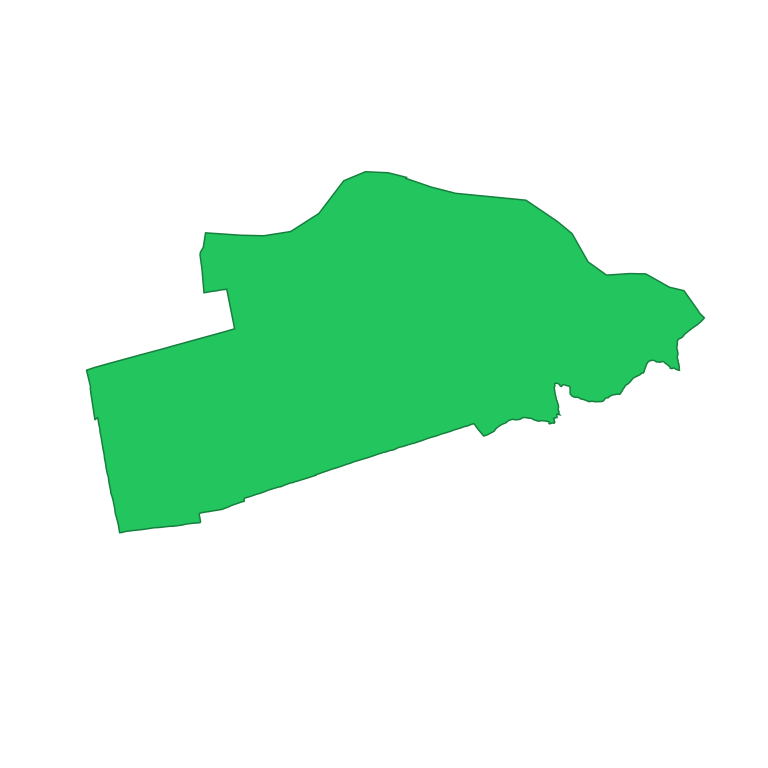 Banesti, Prahova, Romania, rotated 106°
{"feature_id": "2599482B67789430920031", "entity_name": "Banesti", "entity_type": "district", "adm_level": 2, "iso_a3": "ROU", "parent_name": "Romania", "parent_adm1": "Prahova", "projection": "albers", "projection_center": [25.79, 45.09], "detail": "fine", "context": "isolated", "style": "filled", "palette": "green", "viewbox_px": 768, "rotation_deg": 106, "n_neighbors": 0, "source": "geoboundaries", "source_scale": "gbopen_adm2", "svg_char_len": 6140}
<svg xmlns="http://www.w3.org/2000/svg" viewBox="0 0 768 768"><g transform="rotate(106 384 384)"><path d="M452.8,673.7L468.0,665.1L468.4,665.3L470.1,664.8L471.3,664.1L472.1,663.9L473.1,663.5L497.9,652.1L497.9,651.8L497.7,651.7L496.4,650.9L495.5,650.0L497.3,648.9L501.1,647.2L502.7,646.2L505.7,644.7L508.0,643.9L509.1,643.4L510.3,642.8L511.7,641.9L517.7,639.1L518.5,638.7L524.1,636.1L526.9,634.6L529.1,633.5L532.2,632.3L537.3,629.7L541.5,627.9L543.5,626.8L546.3,625.4L548.9,623.6L555.1,620.9L561.3,617.7L561.6,617.5L562.1,617.2L563.1,617.0L564.0,616.6L566.9,614.6L569.7,612.8L577.4,608.8L582.7,606.5L583.4,606.0L585.5,604.7L590.0,602.0L592.3,600.7L595.2,599.3L599.8,597.2L599.4,596.0L598.8,594.7L598.3,593.8L597.0,591.8L596.1,589.9L595.2,587.4L594.7,586.5L590.3,575.7L585.7,565.7L585.1,564.2L584.6,562.4L583.9,560.7L583.4,559.3L583.0,558.3L582.1,556.2L580.1,551.3L579.7,550.3L579.1,548.1L577.6,544.4L577.1,543.5L575.6,539.9L574.9,538.5L573.5,536.2L573.0,535.2L570.3,528.7L568.4,523.5L568.1,522.9L567.9,522.6L567.6,522.5L567.2,522.4L566.5,522.6L563.4,524.1L561.0,525.4L560.5,525.6L559.7,525.7L559.1,525.4L558.7,524.9L558.3,524.4L556.9,521.6L555.6,518.8L555.0,517.2L554.3,516.0L553.2,513.7L550.2,507.2L549.4,505.6L548.9,504.7L544.6,499.1L542.8,497.1L536.6,488.3L536.1,487.3L535.3,486.1L533.5,486.6L532.6,486.7L532.2,486.5L531.7,485.9L529.1,481.7L525.6,476.8L524.3,474.8L523.3,473.0L519.6,468.0L518.2,466.3L516.5,463.8L511.8,456.5L511.8,456.2L511.3,455.1L510.7,454.2L508.8,452.0L505.1,446.9L504.4,445.7L504.1,444.8L503.5,443.7L502.7,443.0L502.2,442.5L501.9,441.5L490.5,424.3L490.0,424.7L488.5,422.2L486.6,419.6L479.6,409.7L478.0,407.0L474.0,401.2L472.0,398.5L471.1,397.2L469.5,394.6L467.2,391.7L464.2,387.0L460.4,381.1L459.1,379.0L454.8,372.8L453.2,370.7L451.2,367.5L449.6,365.3L449.0,363.9L447.6,361.7L446.5,360.3L445.6,358.6L444.8,356.8L440.8,352.2L440.3,351.5L439.5,349.6L436.2,344.6L435.6,343.9L434.6,342.1L433.6,340.6L432.7,338.9L431.8,337.6L431.1,336.6L428.4,332.6L424.5,327.3L423.1,325.3L419.1,318.8L417.6,316.9L416.4,315.2L415.1,313.2L413.3,310.2L412.1,308.5L411.3,307.2L409.3,304.6L404.8,297.7L403.2,295.6L401.3,292.2L399.5,289.9L397.3,286.7L402.1,280.4L406.5,273.8L406.2,273.2L404.0,270.2L400.9,267.1L400.0,266.0L399.2,265.3L398.2,264.8L396.5,264.2L395.5,263.7L394.0,262.7L391.2,260.4L390.1,259.2L389.1,258.0L388.7,257.3L387.9,256.4L387.0,255.6L385.6,254.8L384.8,254.1L383.9,252.9L382.8,251.3L382.4,250.5L382.4,248.9L382.3,248.2L381.2,245.0L380.8,244.2L380.2,243.3L379.7,242.6L379.1,242.2L378.4,241.8L378.0,241.1L377.2,238.4L377.1,237.6L377.1,236.0L377.0,235.6L376.6,234.4L376.5,233.7L376.5,233.1L376.6,231.7L376.8,231.2L377.1,230.1L377.1,229.5L377.2,225.5L377.2,225.2L376.9,224.6L376.2,223.4L375.7,222.0L375.2,219.4L374.8,215.7L374.9,215.0L375.0,214.8L376.3,214.6L376.5,214.4L376.6,214.1L376.6,213.9L376.5,213.5L375.6,212.3L375.1,211.6L374.9,210.8L374.9,209.7L373.7,209.3L373.3,209.5L372.6,210.1L371.0,210.8L370.6,211.2L370.4,211.4L370.3,211.7L370.3,212.0L369.6,210.7L368.6,208.4L366.8,209.1L365.4,209.4L365.1,209.4L365.2,207.6L365.1,206.6L364.9,206.9L364.5,207.2L363.9,207.9L363.5,208.1L363.1,208.1L362.4,208.1L361.0,209.3L360.9,209.6L360.5,209.7L358.9,209.7L358.0,209.9L356.5,210.5L355.3,211.2L352.6,213.0L351.2,214.1L349.4,215.0L346.6,216.6L341.2,219.1L339.7,219.4L338.8,219.2L336.9,219.9L336.5,219.9L336.2,219.6L336.0,219.2L335.7,217.9L335.6,216.8L335.6,216.5L335.9,215.8L336.2,215.3L336.9,214.5L337.5,213.6L337.5,212.9L337.4,212.7L335.7,212.1L335.4,211.8L335.3,211.5L335.1,210.6L335.0,209.8L335.2,207.6L335.1,206.1L335.1,205.5L335.4,204.9L336.2,204.2L339.3,203.1L339.8,203.1L341.3,202.6L342.1,202.3L342.6,201.9L342.9,201.2L343.4,200.6L343.8,199.8L344.0,198.6L344.2,197.4L344.0,196.2L343.4,194.6L343.4,194.0L343.4,193.4L343.8,191.6L344.1,191.1L344.1,190.6L344.0,189.3L343.9,188.6L344.0,186.5L344.0,186.0L344.2,184.1L344.5,182.6L344.5,182.0L344.2,181.4L343.9,181.0L343.6,180.5L343.5,180.1L343.5,179.3L343.0,178.3L342.9,177.9L342.9,177.2L342.9,176.2L342.9,175.9L342.3,174.5L341.3,171.1L341.0,170.3L340.3,169.1L339.8,168.5L339.0,168.1L337.6,167.6L336.5,167.0L336.1,166.5L335.8,165.9L335.6,165.2L335.5,164.8L334.9,164.4L334.0,163.9L333.4,163.4L331.7,161.6L330.1,158.2L329.6,157.5L329.3,156.6L328.9,154.6L328.7,154.4L328.1,154.1L324.0,152.9L323.0,152.8L322.1,152.5L321.1,151.9L319.5,151.7L318.3,151.1L317.0,149.8L315.0,148.5L313.6,147.8L312.4,147.3L310.0,146.2L309.5,145.9L309.0,145.4L304.1,140.1L303.8,140.0L302.6,139.5L302.2,138.5L301.9,137.7L301.5,137.7L300.8,137.4L300.2,137.4L298.9,137.5L297.2,137.3L293.5,137.1L291.3,136.7L290.5,136.4L289.6,135.9L289.1,135.5L288.5,134.9L288.0,134.1L287.1,132.3L287.0,130.9L287.1,130.3L287.2,129.7L287.6,128.4L287.6,128.2L287.6,127.7L287.4,127.2L287.2,125.7L287.1,125.0L286.7,124.2L286.5,123.7L285.9,123.1L285.6,122.7L285.5,121.6L285.6,121.2L285.8,120.7L286.2,120.0L287.8,115.7L288.6,114.4L289.0,113.7L289.5,113.2L290.0,113.1L289.9,111.7L289.7,111.3L289.0,110.3L288.8,109.7L288.8,109.1L288.9,108.6L289.3,107.4L289.4,107.1L289.5,106.0L289.5,104.8L289.4,103.8L288.9,104.0L288.4,104.5L287.9,104.6L287.1,104.6L286.2,104.9L285.4,105.2L284.8,105.8L284.4,105.9L283.9,105.9L283.4,106.1L283.0,106.5L282.3,106.9L281.7,107.4L281.0,107.7L280.3,107.7L279.6,108.2L278.7,109.0L278.2,109.2L277.3,109.4L277.0,109.6L275.9,109.7L274.6,109.6L273.4,109.9L271.6,110.9L270.8,111.2L269.8,111.8L269.4,112.4L264.9,113.0L262.0,113.8L260.4,113.5L259.6,113.1L258.7,112.2L258.4,111.6L257.2,110.5L255.6,109.6L254.2,109.1L252.4,108.2L252.1,107.9L246.3,103.8L242.1,100.4L240.7,99.2L239.5,98.4L237.3,96.9L235.5,95.9L234.8,95.5L232.1,94.3L229.2,99.7L226.3,103.0L211.6,121.4L212.3,136.4L206.0,162.7L210.1,178.2L218.0,200.1L210.4,221.4L187.6,244.7L179.9,262.4L168.2,298.2L181.0,367.9L181.7,393.2L180.3,419.7L179.2,419.3L179.8,438.3L185.1,460.4L199.7,478.7L238.0,493.6L263.2,515.8L274.6,540.3L280.4,562.4L287.9,597.2L302.3,595.4L308.0,596.8L310.7,596.4L324.1,590.5L345.9,582.2L342.1,574.3L341.2,572.1L340.0,569.5L338.5,566.7L337.2,563.5L336.2,561.3L372.1,542.8L379.4,554.4L405.2,596.7L411.8,607.3L423.5,626.8L441.5,656.4L447.8,666.6L452.4,673.3L452.5,673.3L452.8,673.7Z" fill="#22c55e" stroke="#15803d" stroke-width="1.5"/></g></svg>